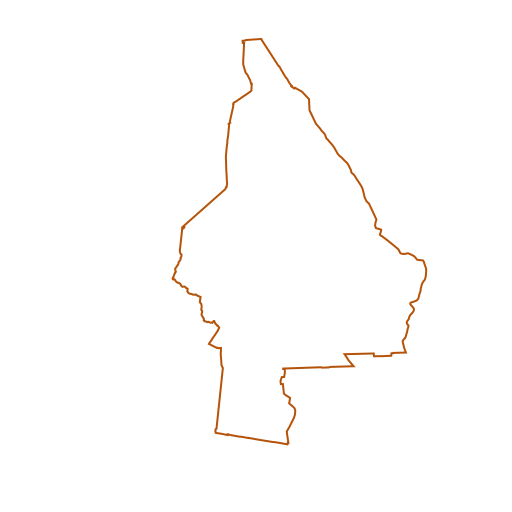 outline of Lansingerland, Zuid-Holland, Netherlands, rotated 319°
{"feature_id": "6326949B1243164224126", "entity_name": "Lansingerland", "entity_type": "district", "adm_level": 2, "iso_a3": "NLD", "parent_name": "Netherlands", "parent_adm1": "Zuid-Holland", "projection": "orthographic", "projection_center": [4.494, 52.011], "detail": "fine", "context": "isolated", "style": "outline", "palette": "amber", "viewbox_px": 512, "rotation_deg": 319, "n_neighbors": 0, "source": "geoboundaries", "source_scale": "gbopen_adm2", "svg_char_len": 5998}
<svg xmlns="http://www.w3.org/2000/svg" viewBox="0 0 512 512"><g transform="rotate(319 256 256)"><path d="M385.8,86.5L386.8,87.4L374.4,100.3L372.0,103.1L369.2,109.1L368.6,110.7L368.4,111.5L368.5,113.2L368.4,113.6L366.9,119.5L365.3,122.8L365.8,123.2L361.2,128.0L360.5,128.3L355.7,127.8L353.6,127.6L352.1,127.3L342.5,126.3L340.0,125.7L339.5,125.7L339.1,125.9L338.4,126.4L338.6,126.7L338.5,126.8L335.7,129.1L323.1,138.4L322.7,138.4L322.9,138.6L322.6,138.6L322.3,138.9L314.1,146.7L313.7,147.1L310.3,149.9L309.1,151.3L304.9,155.0L298.9,160.8L297.3,162.6L295.5,164.9L289.8,171.8L286.3,176.5L284.8,178.2L281.8,182.3L279.0,184.7L278.3,184.4L276.9,185.4L220.2,185.9L220.8,187.2L219.4,187.6L218.7,186.4L216.3,188.8L201.9,202.1L200.8,203.9L200.5,205.1L200.5,205.3L200.7,206.1L199.3,207.4L198.9,207.6L197.9,207.8L197.4,208.7L196.5,209.2L195.3,209.6L194.0,209.8L193.5,210.0L193.1,210.2L192.3,211.0L191.4,211.4L191.1,211.5L190.4,211.5L188.8,212.1L187.4,212.3L186.8,212.6L186.4,212.9L186.1,213.4L185.2,214.9L185.2,215.2L184.8,215.4L184.6,215.2L184.3,215.3L184.1,215.4L184.1,215.7L182.7,216.0L182.1,216.5L181.5,216.8L180.8,217.1L180.0,217.5L179.8,217.8L178.6,218.0L178.4,218.2L178.2,218.4L178.1,218.8L178.1,219.5L178.9,219.7L179.1,220.0L179.2,220.4L179.2,221.2L178.9,222.1L178.9,222.7L179.0,223.1L179.1,224.1L179.3,224.9L179.9,225.2L180.2,225.5L180.6,227.6L180.5,227.8L180.3,228.4L180.3,228.9L180.0,229.7L180.0,230.1L180.1,230.5L180.3,231.0L180.8,231.3L181.6,231.8L182.2,232.5L182.3,233.4L182.2,234.2L182.3,234.4L182.6,235.2L182.8,235.4L182.9,235.7L182.7,235.9L182.6,236.2L182.5,236.4L181.5,237.1L181.0,237.6L181.0,238.4L180.7,239.0L180.8,239.5L180.9,239.8L181.0,240.5L181.4,241.2L181.6,241.3L181.8,241.8L182.5,242.4L182.6,242.6L182.7,242.9L182.8,243.3L183.4,244.2L184.9,245.3L185.1,245.7L185.4,245.8L185.3,246.2L185.3,246.6L185.8,247.2L185.8,247.7L186.4,248.5L186.7,249.5L187.3,250.5L185.8,251.7L185.3,252.4L184.7,252.6L184.5,253.0L184.2,253.2L183.9,253.7L183.4,253.9L183.2,255.3L183.3,256.1L182.4,257.8L182.0,258.3L181.0,259.4L180.1,260.0L179.5,260.6L179.3,261.0L179.4,262.0L178.9,262.7L178.0,263.5L177.1,263.9L176.5,264.4L176.0,265.5L176.0,266.0L175.8,266.6L175.9,267.3L175.7,267.9L175.6,268.3L175.5,268.5L175.5,269.1L175.4,269.3L174.9,269.9L174.4,270.2L174.6,271.2L174.6,271.4L174.4,271.5L174.5,271.8L175.1,272.4L175.5,273.1L175.7,273.7L176.0,274.1L176.9,274.4L177.1,274.6L177.2,274.9L177.7,276.3L177.9,276.5L178.5,276.9L179.4,277.4L179.4,277.5L179.4,277.8L180.6,277.5L180.8,277.5L181.3,277.3L181.6,277.4L181.7,277.5L181.8,277.6L181.1,280.2L181.0,280.6L180.9,280.7L181.0,280.9L181.2,281.5L181.2,282.2L181.1,282.3L181.2,282.6L181.4,283.2L181.3,283.5L181.2,283.6L181.4,283.7L181.4,284.7L181.3,285.8L181.0,286.1L180.5,286.3L178.7,286.9L178.5,287.2L172.7,288.8L169.3,289.6L168.0,290.0L167.7,290.2L163.9,291.1L162.8,291.5L166.0,299.3L166.5,299.6L166.8,300.2L166.7,300.3L167.6,301.3L169.2,302.4L167.3,304.6L165.5,306.3L164.3,307.8L161.1,312.2L158.5,315.5L158.1,316.4L157.5,318.8L112.9,360.4L112.1,360.3L111.7,360.3L111.3,360.7L110.1,361.9L109.9,362.3L110.0,362.7L109.6,363.1L114.1,368.5L115.0,369.8L117.2,372.6L117.7,372.0L119.6,374.8L124.4,380.8L126.6,383.1L130.2,387.6L130.9,388.5L131.1,388.4L132.7,390.5L134.1,392.1L134.4,392.5L134.8,393.1L138.9,398.1L146.4,407.1L148.3,409.1L151.3,412.7L153.6,415.6L156.2,418.8L157.5,417.7L157.9,418.2L163.3,409.7L164.2,408.6L169.4,406.8L172.0,405.7L178.1,403.2L179.3,402.5L181.4,401.2L184.2,398.5L184.8,397.3L185.2,395.8L185.1,393.9L184.3,389.0L188.0,386.0L188.6,385.4L187.6,381.9L187.3,381.4L186.8,378.1L192.3,370.3L190.7,369.0L192.5,366.4L196.0,364.3L197.9,365.8L200.1,363.9L201.0,363.2L201.7,362.4L203.1,360.7L203.6,360.1L202.4,359.1L202.7,358.8L231.7,382.3L232.1,382.7L232.5,383.5L237.6,387.7L239.5,388.6L257.3,403.2L257.4,397.6L257.4,395.5L257.9,392.4L258.4,388.2L280.9,406.8L279.3,409.1L286.4,415.1L292.6,420.0L294.4,418.3L295.8,419.4L296.0,419.2L305.8,427.2L307.3,423.1L308.2,421.3L310.2,417.4L310.8,416.5L312.2,416.0L313.1,415.8L314.8,415.7L315.9,415.2L320.7,412.1L322.2,410.8L324.4,409.5L325.2,408.9L325.5,408.2L325.4,406.8L325.7,405.8L326.2,405.0L326.9,404.5L329.2,404.0L330.0,403.7L331.8,402.5L332.9,402.0L334.2,401.7L335.9,401.6L337.2,401.4L338.8,400.9L339.9,400.3L340.3,399.7L340.5,399.4L340.7,398.9L340.8,397.2L340.7,394.3L340.8,393.8L340.9,393.5L341.3,393.0L341.9,392.7L342.6,392.8L344.4,393.7L347.4,394.8L348.9,395.0L349.6,394.9L350.2,394.8L350.9,394.4L354.8,391.7L356.9,390.6L358.7,388.9L360.1,388.0L362.0,386.5L364.6,385.3L365.6,385.0L366.9,384.9L368.4,384.3L369.6,383.6L372.0,381.6L375.1,378.4L376.2,377.0L376.4,376.4L378.1,372.1L378.8,370.8L379.1,368.9L378.8,368.5L377.6,367.3L375.2,364.6L375.2,363.8L375.3,361.2L375.3,360.6L375.2,359.9L374.0,356.7L372.7,354.0L372.4,353.6L371.7,353.1L369.8,352.2L369.3,351.8L367.8,350.3L367.2,349.5L367.0,349.1L366.9,348.5L366.9,348.0L367.7,345.2L367.8,344.1L366.9,338.4L365.6,331.1L364.5,325.7L364.0,323.7L363.4,321.9L363.4,321.6L363.8,320.9L365.7,319.9L367.0,318.9L367.7,318.3L366.9,316.8L364.8,313.6L365.3,312.3L365.8,311.2L368.2,309.1L370.8,307.5L375.7,290.4L375.6,289.8L375.4,289.0L375.4,287.3L375.5,286.5L375.9,284.9L376.3,283.6L377.1,281.8L379.2,277.9L380.0,276.3L380.8,274.3L381.1,273.1L381.4,271.7L381.9,268.6L382.4,264.2L383.1,260.2L383.2,258.4L382.8,256.8L382.8,255.9L382.9,255.3L383.8,253.9L384.1,253.1L385.3,248.4L385.6,247.0L385.8,245.9L385.4,241.8L385.2,237.5L384.7,235.1L384.7,232.6L385.0,231.0L386.2,225.2L386.3,224.5L386.5,220.7L386.4,218.4L386.5,215.3L386.3,213.2L386.5,212.8L387.0,211.5L387.4,210.5L387.7,209.5L387.9,208.2L387.7,204.5L388.0,201.8L388.0,200.4L388.0,195.6L392.0,181.1L398.9,172.4L398.5,162.1L395.8,154.6L394.9,154.8L394.5,153.9L394.5,153.0L393.9,151.2L394.7,151.0L394.5,149.7L394.5,149.2L395.0,145.8L395.6,143.2L395.7,141.9L395.7,140.2L396.2,137.1L396.4,135.9L396.5,135.9L397.2,131.9L398.0,128.1L397.8,127.9L397.7,127.0L401.9,97.7L402.0,97.0L402.0,96.8L402.3,96.1L402.4,95.7L390.6,86.8L389.8,86.3L389.1,86.3L387.1,84.8L385.8,86.5Z" fill="none" stroke="#b45309" stroke-width="2"/></g></svg>